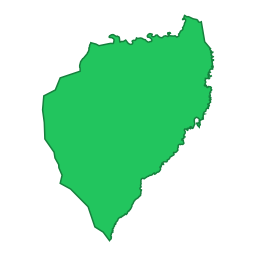 Bu'regxangai, Bulgan, Mongolia
{"feature_id": "93677404B37856790157054", "entity_name": "Bu'regxangai", "entity_type": "district", "adm_level": 2, "iso_a3": "MNG", "parent_name": "Mongolia", "parent_adm1": "Bulgan", "projection": "albers", "projection_center": [104.281, 48.34], "detail": "fine", "context": "isolated", "style": "filled", "palette": "green", "viewbox_px": 256, "rotation_deg": 0, "n_neighbors": 0, "source": "geoboundaries", "source_scale": "gbopen_adm2", "svg_char_len": 5846}
<svg xmlns="http://www.w3.org/2000/svg" viewBox="0 0 256 256"><path d="M201.3,21.8L200.5,22.2L199.0,22.2L198.4,21.7L197.7,20.3L196.8,19.6L193.1,18.8L188.6,16.7L186.6,16.7L184.7,15.4L184.2,16.1L184.0,17.8L183.1,18.5L182.6,19.3L182.7,19.6L183.1,19.6L184.7,18.8L185.7,19.9L185.4,21.7L184.5,23.2L184.3,24.7L183.3,26.9L182.6,27.6L183.0,28.9L182.4,29.9L180.5,31.2L179.5,33.4L178.6,34.1L178.9,35.0L178.8,36.0L177.3,36.9L176.6,37.0L175.1,35.8L173.6,36.1L169.7,35.8L169.1,34.9L169.0,33.9L170.4,33.3L170.2,32.8L169.6,32.5L167.8,32.9L167.7,33.4L168.5,35.9L168.2,36.4L167.5,36.5L165.7,35.8L163.9,36.2L162.3,37.6L161.7,37.7L159.9,37.4L158.5,36.4L157.2,35.0L155.8,35.2L154.8,36.4L153.3,36.8L152.5,36.7L151.9,36.3L151.6,35.7L152.2,34.6L152.0,34.1L149.9,33.6L148.4,34.3L147.4,35.6L147.3,36.2L147.6,37.1L149.3,37.4L150.5,38.1L151.6,39.3L151.8,40.0L151.8,40.8L151.1,41.5L150.2,41.5L148.9,42.1L148.1,42.1L146.3,40.9L145.3,39.7L143.7,39.4L142.2,38.4L140.6,38.0L137.5,38.5L136.6,37.9L136.3,38.2L136.1,39.4L135.1,40.4L133.4,40.3L132.3,40.9L132.2,41.6L132.7,42.1L132.8,42.8L132.3,43.9L131.5,44.3L130.3,44.4L129.6,44.2L128.0,43.1L125.7,40.1L123.3,41.5L121.3,41.5L120.1,42.1L119.8,41.7L119.4,38.0L119.0,37.0L117.2,36.1L116.1,36.4L113.5,34.7L112.8,34.6L111.4,34.8L109.6,35.9L109.1,37.0L109.7,37.5L111.9,37.7L113.6,38.8L114.0,39.5L114.0,41.1L113.4,43.2L113.0,43.5L110.6,43.4L108.3,43.8L99.0,45.7L96.0,44.1L90.8,42.7L90.7,43.6L90.1,44.2L89.6,45.5L89.5,47.1L88.9,48.0L89.0,49.5L88.3,51.8L87.6,52.5L87.4,53.5L83.5,58.2L82.7,58.7L80.7,61.6L79.7,65.4L79.7,66.3L79.7,67.3L80.1,67.9L80.2,71.2L60.2,77.9L55.3,90.0L43.8,95.9L42.6,109.9L44.3,122.5L44.9,139.0L54.1,152.2L55.0,158.0L58.7,164.6L58.9,167.8L62.1,175.2L60.2,183.3L70.6,189.0L88.1,206.7L94.9,226.9L103.2,232.1L109.5,240.6L110.0,239.8L110.8,239.2L111.2,238.5L111.1,237.8L111.3,237.5L111.0,237.1L111.3,236.5L110.6,235.7L111.3,234.4L111.2,233.7L111.7,233.2L111.8,232.2L112.6,232.2L112.5,231.9L113.0,230.8L112.3,230.3L112.6,229.4L112.8,229.3L112.6,228.7L113.5,228.1L113.6,227.0L114.5,226.0L114.3,225.1L115.0,224.5L115.0,224.0L115.4,224.1L115.5,223.6L115.8,223.6L115.7,223.0L116.2,222.0L117.5,220.7L118.0,219.2L118.6,218.3L120.0,217.3L120.6,217.1L120.9,217.4L122.2,216.4L122.2,216.1L123.0,215.9L124.3,215.0L124.4,214.7L124.8,214.6L124.8,214.2L125.5,213.9L126.3,214.4L127.2,213.4L127.6,212.0L128.0,211.7L128.2,211.3L129.0,211.0L129.0,210.6L130.4,209.4L130.5,208.7L130.9,208.4L131.9,206.3L131.9,205.4L132.1,204.8L133.0,203.6L134.0,201.2L134.7,200.7L135.2,199.7L138.5,197.5L139.0,196.5L139.7,196.2L140.7,195.0L140.5,194.2L140.9,193.5L140.8,191.2L141.3,190.8L141.4,189.9L140.7,189.7L140.0,188.9L139.9,188.4L140.4,187.4L141.1,186.9L140.5,185.1L141.0,184.1L141.1,183.2L140.8,182.5L141.0,181.3L140.8,180.9L140.9,180.3L141.5,179.0L142.0,178.5L143.1,178.3L144.1,178.8L147.3,176.6L148.6,176.2L149.4,175.4L150.8,175.3L152.1,174.8L153.6,173.3L154.3,173.1L154.7,174.1L154.9,174.0L155.4,173.9L157.1,172.3L158.2,172.1L159.2,171.5L160.5,169.6L160.4,167.4L160.0,167.2L160.1,166.9L161.2,166.7L160.9,166.0L161.2,165.9L161.6,164.5L163.5,164.4L163.4,163.9L161.9,163.7L161.9,163.2L162.8,162.9L163.2,162.2L163.8,161.8L166.7,161.8L167.4,160.8L167.3,160.0L169.4,158.8L170.0,157.2L173.9,154.8L174.0,154.2L173.5,153.1L173.6,152.5L175.1,152.5L176.4,151.9L177.9,150.1L177.6,148.8L177.8,147.9L178.3,147.1L178.1,146.6L178.2,145.4L178.5,144.9L179.6,144.3L180.4,144.6L180.9,144.3L182.8,144.4L183.8,143.5L183.7,142.2L183.3,141.6L183.3,140.3L182.9,140.1L182.0,140.2L181.8,139.9L182.2,138.8L183.7,138.5L183.8,137.2L184.9,137.0L184.9,136.6L183.9,136.0L183.8,135.6L184.2,134.3L185.0,133.5L185.2,132.5L185.2,131.6L184.3,130.0L184.6,129.3L184.8,129.0L185.8,129.1L187.5,130.3L187.9,129.9L186.9,129.4L186.8,129.0L186.9,128.8L188.1,128.2L189.1,128.4L189.5,128.0L190.4,128.6L190.5,128.3L190.0,127.1L190.4,126.7L191.5,127.0L191.8,127.4L191.7,128.0L192.0,128.4L192.8,128.3L193.4,127.3L194.1,125.4L194.8,124.2L194.8,123.6L194.3,121.5L194.3,119.8L194.6,118.6L196.0,117.5L196.7,117.3L198.4,118.2L199.4,119.3L199.2,120.9L199.4,121.4L199.3,122.0L197.7,124.0L197.0,123.6L196.9,123.1L196.7,123.3L197.6,125.4L199.2,127.0L199.2,126.1L200.2,124.8L200.2,124.4L199.8,123.6L200.0,123.0L199.7,121.8L199.9,121.1L200.9,119.9L203.3,119.0L203.2,118.4L202.4,118.4L202.3,118.0L203.3,117.0L203.0,116.0L203.3,115.2L203.3,114.3L204.3,114.0L203.5,113.8L203.5,113.3L204.2,112.0L205.7,111.2L206.1,109.4L206.5,108.6L207.0,108.3L208.3,108.4L208.4,107.9L207.8,107.6L207.8,106.9L208.7,106.4L209.3,105.6L209.1,105.3L207.9,104.8L207.8,104.2L208.3,103.8L209.2,103.8L209.6,102.7L210.5,102.3L210.4,101.2L209.5,100.4L209.4,100.0L209.8,99.7L210.5,99.9L210.9,99.6L210.9,99.4L210.2,99.0L210.1,98.6L210.8,97.9L210.8,97.6L210.4,97.4L209.6,97.6L209.3,97.2L209.3,96.0L210.3,95.8L210.2,94.9L209.7,93.9L209.8,92.9L210.6,92.6L210.7,92.2L210.4,91.5L211.7,89.9L211.2,89.3L211.0,88.4L211.3,87.6L210.5,86.8L208.2,86.5L207.9,86.8L207.9,87.4L207.2,87.5L206.3,86.4L206.3,85.6L206.0,85.3L205.0,85.9L204.6,85.7L204.4,85.2L205.3,84.5L205.0,83.6L205.7,82.5L205.6,81.4L205.0,80.6L205.4,79.8L205.4,78.4L207.0,78.6L208.0,78.0L208.7,78.7L209.1,78.7L209.5,78.4L209.5,77.9L208.6,77.6L208.4,76.6L208.6,76.0L209.4,76.0L210.6,76.5L211.3,76.0L211.2,75.8L210.6,76.1L209.8,75.9L209.2,74.9L208.4,75.4L208.1,75.1L208.0,74.6L208.2,74.1L208.9,73.8L208.4,72.9L208.6,72.3L210.0,72.5L210.3,72.3L209.6,71.5L209.5,70.9L210.1,69.6L210.9,69.0L212.1,69.2L212.7,68.9L212.4,67.7L213.2,67.0L213.1,66.7L212.0,67.2L211.6,66.3L212.7,65.5L212.3,64.5L212.5,63.7L212.2,63.1L212.2,62.1L211.9,61.7L213.0,60.3L213.4,60.3L213.4,59.8L211.8,60.0L211.7,59.6L211.9,58.8L211.3,58.0L211.5,57.4L213.0,57.0L213.2,56.6L211.9,56.2L211.7,55.4L211.2,55.2L211.0,54.7L211.5,54.0L211.3,53.0L212.0,52.5L212.6,52.6L212.8,52.2L211.8,52.0L210.7,52.4L210.6,51.9L211.3,51.1L209.9,49.6L209.9,48.8L210.4,48.6L204.7,41.8L201.3,21.8Z" fill="#22c55e" stroke="#15803d" stroke-width="1.5"/></svg>